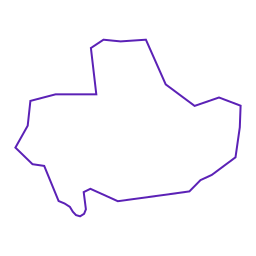 the Municipality of Ropazu
{"feature_id": "LVA-5773", "entity_name": "Ropazu", "entity_type": "Municipality", "adm_level": 1, "iso_a3": "LVA", "parent_name": "Latvia", "parent_adm1": "", "projection": "orthographic", "projection_center": [24.578, 56.966], "detail": "fine", "context": "isolated", "style": "outline", "palette": "violet", "viewbox_px": 256, "rotation_deg": 0, "n_neighbors": 0, "source": "natural_earth", "source_scale": "10m", "svg_char_len": 508}
<svg xmlns="http://www.w3.org/2000/svg" viewBox="0 0 256 256"><path d="M235.5,157.3L211.8,174.9L200.5,180.1L189.4,191.4L177.9,193.0L117.8,201.2L90.4,188.8L83.7,192.1L85.9,209.3L84.1,213.8L80.1,216.3L76.0,215.1L72.8,211.7L69.9,206.9L64.6,203.5L58.6,201.0L44.2,165.9L32.5,164.2L15.4,147.6L27.7,125.7L30.4,100.9L55.7,94.3L96.3,94.3L90.9,48.0L103.5,39.7L113.3,40.7L120.6,41.4L145.9,39.7L165.7,84.4L194.6,105.9L219.0,97.5L240.6,105.7L239.8,127.3L235.5,157.3Z" fill="none" stroke="#5b21b6" stroke-width="2"/></svg>